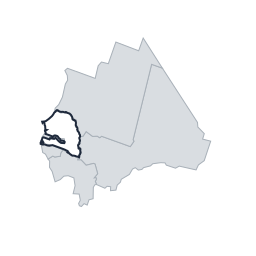 map of Senegal with Mali, Mauritania, Guinea and 2 others greyed out, rotated 20°
{"feature_id": "SEN", "entity_name": "Senegal", "entity_type": "country or territory", "adm_level": 0, "iso_a3": "SEN", "parent_name": "Africa", "parent_adm1": "", "projection": "natural_earth1", "projection_center": [-14.381, 14.503], "detail": "fine", "context": "with_neighbors", "style": "outline", "palette": "slate", "viewbox_px": 256, "rotation_deg": 20, "n_neighbors": 5, "source": "natural_earth", "source_scale": "50m", "svg_char_len": 4869}
<svg xmlns="http://www.w3.org/2000/svg" viewBox="0 0 256 256"><g transform="rotate(20 128 128)"><path d="M91.6,175.2L90.8,165.8L87.9,163.2L86.1,152.6L88.6,151.0L89.9,145.7L97.6,148.0L101.9,146.2L104.8,146.8L106.0,144.8L136.5,144.7L138.1,138.4L136.8,137.3L128.4,60.1L139.8,60.0L191.4,99.0L193.3,103.2L201.6,107.2L201.9,112.9L210.2,112.1L210.8,132.6L206.8,138.6L206.3,144.1L189.2,146.3L186.4,149.5L176.7,149.8L174.7,148.1L170.6,149.4L163.5,153.1L162.1,155.9L156.2,159.9L155.2,162.2L152.1,164.0L148.4,162.8L146.3,165.0L145.2,171.1L139.2,178.5L139.4,181.5L137.4,185.3L137.9,190.5L133.0,192.9L131.8,189.1L128.3,189.9L126.9,192.5L117.8,191.9L115.5,189.3L115.9,186.7L114.9,185.7L113.3,186.5L115.1,181.3L109.4,173.2L107.8,173.0L101.4,177.3L94.8,174.0L91.6,175.2Z" fill="#d9dde1" stroke="#a8b0b8" stroke-width="1"/><path d="M49.0,95.6L50.7,92.6L80.2,92.6L78.7,79.7L80.5,75.1L87.5,74.3L87.2,51.4L111.6,51.8L111.5,38.3L139.8,60.0L128.4,60.1L136.8,137.3L138.1,138.4L136.5,144.7L106.0,144.8L104.8,146.8L101.9,146.2L97.6,148.0L89.9,145.7L88.6,151.0L86.1,152.6L76.4,139.9L67.7,134.9L63.5,135.0L59.8,136.9L56.0,136.2L53.4,139.0L52.8,134.2L54.9,129.8L55.8,121.4L54.1,108.1L54.9,103.7L53.0,99.4L49.0,95.6Z" fill="#d9dde1" stroke="#a8b0b8" stroke-width="1"/><path d="M74.4,170.7L83.6,173.0L91.1,172.0L91.6,175.2L94.8,174.0L101.4,177.3L107.8,173.0L109.4,173.2L115.1,181.3L113.3,186.5L114.9,185.7L115.9,186.7L115.5,189.3L117.8,191.9L116.3,192.6L115.7,195.6L119.4,206.4L115.9,208.8L116.0,214.4L112.6,214.1L111.1,217.7L108.9,217.7L107.4,215.8L107.9,212.2L104.7,206.8L98.9,208.5L98.0,200.3L94.2,193.4L88.1,193.3L84.2,195.2L82.0,199.6L77.9,203.5L71.6,194.8L67.7,191.8L65.7,185.9L63.5,184.5L66.9,180.1L69.2,180.3L74.1,177.6L73.4,174.7L74.4,170.7Z" fill="#d9dde1" stroke="#a8b0b8" stroke-width="1"/><path d="M51.7,172.5L60.3,170.3L74.4,170.7L73.4,174.7L74.1,177.6L69.2,180.3L66.9,180.1L63.5,184.5L59.4,180.8L56.2,180.2L51.7,172.5Z" fill="#d9dde1" stroke="#a8b0b8" stroke-width="1"/><path d="M51.4,161.7L59.7,161.5L61.5,159.3L63.9,159.2L66.9,161.4L71.8,159.9L73.3,162.5L70.0,164.5L63.4,162.5L57.4,165.9L50.4,165.7L51.4,161.7Z" fill="#d9dde1" stroke="#a8b0b8" stroke-width="1"/><path d="M85.2,150.9L85.9,152.3L85.8,153.0L85.6,154.0L86.0,154.7L86.5,155.2L86.8,155.6L87.2,156.3L87.3,157.5L87.2,158.3L87.5,158.7L87.7,159.2L87.6,159.6L87.5,160.0L87.0,160.5L87.0,161.4L87.7,162.5L88.2,163.0L88.2,163.4L88.3,163.8L88.7,164.2L88.9,164.1L89.1,163.7L89.9,163.6L90.2,163.7L90.6,164.4L90.7,164.9L90.8,165.5L91.3,166.2L91.6,166.8L91.7,167.1L92.0,167.5L91.8,168.5L91.9,169.0L91.6,170.3L91.6,171.0L92.1,171.7L92.1,172.3L91.6,172.2L90.7,172.1L88.9,172.5L88.3,172.3L87.1,172.4L86.2,172.6L85.2,173.0L84.4,172.9L83.9,172.6L83.3,172.6L82.7,172.4L82.0,172.1L81.3,171.9L80.6,171.3L80.3,171.2L80.1,171.3L79.9,171.5L79.7,171.7L79.3,171.6L79.2,171.1L79.3,170.8L79.3,170.4L79.1,170.3L78.7,170.2L78.0,170.2L76.9,170.1L76.7,170.0L74.2,169.9L71.6,169.9L69.5,169.9L66.7,169.9L64.8,169.9L63.0,169.9L61.6,170.7L60.1,171.6L58.1,172.0L55.8,171.9L55.0,172.0L54.2,172.4L53.7,172.7L52.9,172.8L51.8,172.7L51.4,172.8L51.2,172.4L50.9,171.7L51.0,171.2L51.7,170.9L52.6,170.5L53.1,170.7L53.4,170.8L53.5,170.5L53.4,170.4L52.7,170.0L52.3,169.6L52.0,169.8L51.7,170.4L51.5,170.6L51.2,170.7L51.0,170.3L50.9,170.0L51.1,169.7L51.0,168.1L51.1,167.2L51.0,166.4L51.5,165.9L51.9,165.6L53.6,165.6L55.1,165.6L56.6,165.6L58.1,165.6L58.3,164.1L58.8,164.0L59.5,163.8L60.8,163.7L62.3,163.5L62.6,163.2L62.9,162.7L63.0,162.2L63.3,162.0L63.8,162.2L64.3,162.4L64.9,162.8L65.5,163.1L66.0,163.3L67.0,163.9L68.8,164.6L70.2,164.9L72.0,164.4L73.3,164.0L73.4,163.4L73.2,162.7L72.3,162.2L71.0,162.2L70.6,162.4L70.0,162.6L69.6,162.7L69.0,162.5L68.3,162.0L67.8,161.5L67.1,161.3L66.3,161.0L65.0,160.0L64.3,159.8L63.7,159.8L62.4,160.0L61.2,160.5L60.6,161.8L59.4,161.8L56.9,161.7L54.5,161.7L52.6,161.8L52.4,160.9L51.9,160.1L51.2,159.5L51.0,158.9L51.3,158.4L52.0,158.0L52.2,157.7L51.8,157.8L51.2,158.0L50.8,158.1L50.8,157.3L50.2,156.2L49.5,154.5L48.7,153.8L48.0,152.4L47.3,151.8L46.6,151.6L46.1,151.6L45.9,152.3L45.2,151.4L46.1,151.0L48.2,149.9L50.5,146.5L52.6,142.6L52.8,141.7L53.1,141.0L53.3,139.4L53.6,138.4L53.8,138.2L54.2,137.5L54.6,136.2L55.1,135.5L55.6,135.4L56.1,135.4L56.4,135.7L57.2,135.8L58.7,135.9L59.8,135.7L60.6,135.3L61.6,135.0L62.9,135.0L63.6,134.9L63.7,134.5L63.8,134.4L64.1,134.5L64.4,134.5L64.6,134.2L64.8,134.2L65.1,134.4L66.1,134.5L68.1,134.4L69.8,135.1L71.5,136.5L72.3,137.5L72.4,137.9L72.6,138.4L73.1,138.9L73.6,139.0L74.0,138.7L74.3,138.7L74.5,139.1L75.0,139.2L75.5,139.0L75.9,139.0L75.9,139.3L76.0,139.4L76.3,139.4L76.6,139.7L77.1,140.5L77.5,141.5L77.8,142.9L78.2,143.7L78.6,143.8L78.9,144.1L79.0,144.4L79.1,144.6L79.4,144.7L79.8,144.7L80.3,145.1L80.8,146.1L80.9,146.6L80.8,146.8L80.8,147.0L81.2,147.2L81.5,147.5L81.7,148.0L82.3,148.4L83.2,148.8L83.8,149.4L84.2,150.2L85.0,150.8L85.2,150.9Z" fill="none" stroke="#1e293b" stroke-width="2"/></g></svg>